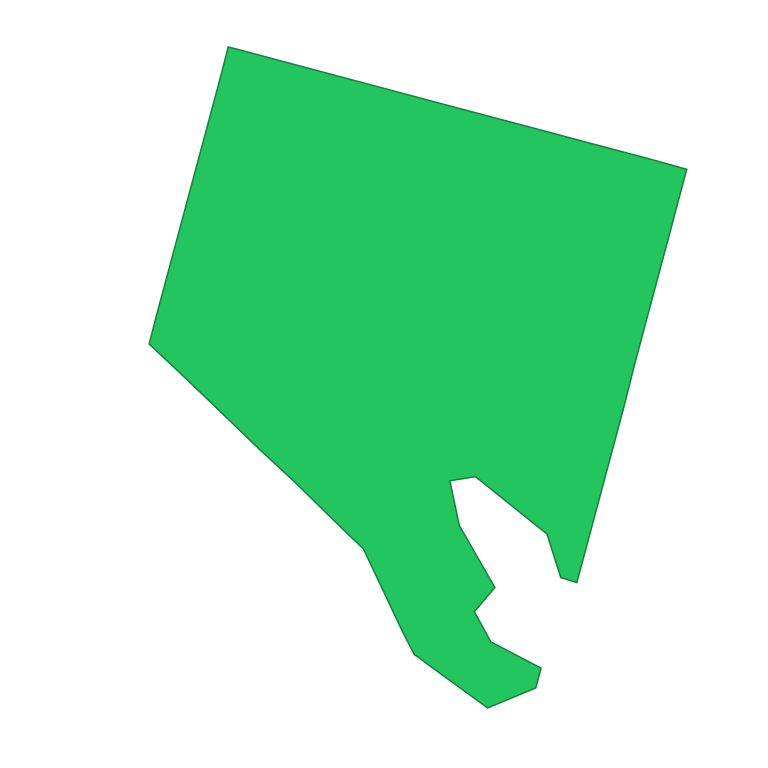 the district of Baltimore, Maryland, United States of America, rotated 15°
{"feature_id": "52423323B61620821136351", "entity_name": "Baltimore", "entity_type": "district", "adm_level": 2, "iso_a3": "USA", "parent_name": "United States of America", "parent_adm1": "Maryland", "projection": "natural_earth1", "projection_center": [-76.591, 39.285], "detail": "fine", "context": "isolated", "style": "filled", "palette": "green", "viewbox_px": 768, "rotation_deg": 15, "n_neighbors": 0, "source": "geoboundaries", "source_scale": "gbopen_adm2", "svg_char_len": 680}
<svg xmlns="http://www.w3.org/2000/svg" viewBox="0 0 768 768"><g transform="rotate(15 384 384)"><path d="M388.6,538.7L406.7,548.5L465.7,618.1L483.4,637.6L488.9,639.4L496.7,642.7L567.9,670.1L609.3,638.3L609.3,617.8L555.9,605.9L554.1,605.5L530.3,580.6L530.2,580.5L543.8,551.9L493.5,501.3L491.4,497.3L472.8,460.6L472.7,460.4L495.9,450.0L496.3,449.8L512.2,456.8L580.3,486.8L604.9,525.3L621.7,525.9L621.7,343.5L621.0,299.9L621.0,152.2L620.9,149.0L620.9,98.3L583.1,97.9L515.8,98.1L483.9,98.1L368.8,98.4L146.3,98.7L146.6,128.5L146.6,156.1L146.5,375.1L146.8,406.2L178.6,423.2L215.9,443.6L280.7,479.4L321.6,501.0L388.6,538.7Z" fill="#22c55e" stroke="#15803d" stroke-width="1.5"/></g></svg>